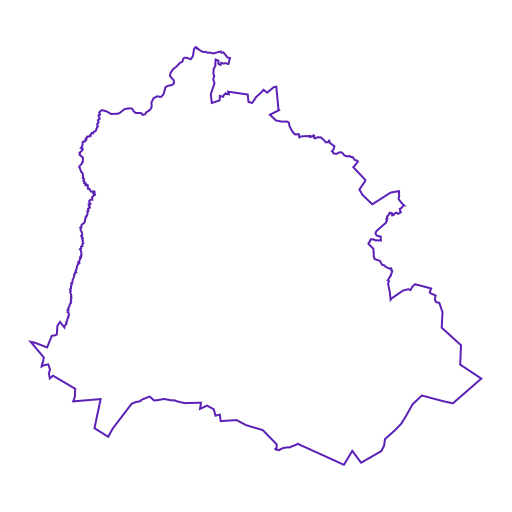 Ahuacuotzingo, Guerrero, Mexico (Robinson projection)
{"feature_id": "50627088B95956729809463", "entity_name": "Ahuacuotzingo", "entity_type": "district", "adm_level": 2, "iso_a3": "MEX", "parent_name": "Mexico", "parent_adm1": "Guerrero", "projection": "robinson", "projection_center": [-98.997, 17.77], "detail": "fine", "context": "isolated", "style": "outline", "palette": "violet", "viewbox_px": 512, "rotation_deg": 0, "n_neighbors": 0, "source": "geoboundaries", "source_scale": "gbopen_adm2", "svg_char_len": 5852}
<svg xmlns="http://www.w3.org/2000/svg" viewBox="0 0 512 512"><path d="M108.2,436.8L112.7,428.6L131.6,403.8L136.0,402.0L140.3,401.2L141.6,399.8L149.0,396.7L149.9,396.7L153.8,400.3L156.6,400.3L164.1,399.0L171.3,400.3L174.6,400.3L176.2,401.1L184.4,403.1L201.0,402.7L200.0,408.9L207.0,405.6L213.7,409.2L215.5,415.7L219.8,414.6L220.7,421.1L236.6,420.1L246.2,425.2L262.8,430.1L276.7,444.4L276.6,447.8L275.8,448.8L274.6,448.8L277.0,449.9L278.3,449.7L279.3,450.2L280.9,449.0L283.4,448.0L287.7,447.3L290.2,447.4L291.7,446.3L295.3,445.2L297.7,443.8L343.9,464.8L352.3,450.9L361.1,462.7L381.3,451.1L384.1,445.6L385.0,439.1L395.1,430.1L401.0,424.0L405.8,416.4L412.5,404.4L421.8,395.5L444.0,401.4L452.9,403.3L481.3,378.6L460.2,364.6L461.0,345.2L441.7,327.7L442.5,312.2L439.3,302.8L436.2,302.2L435.2,300.5L434.9,299.2L435.6,295.5L430.4,293.2L429.7,292.3L431.2,288.5L415.1,284.2L412.5,286.6L410.4,290.1L408.3,289.2L403.0,290.6L391.5,298.5L390.6,299.7L389.9,292.8L388.1,283.8L389.0,281.2L387.7,280.3L389.8,277.2L389.8,276.5L390.9,275.7L390.8,274.8L392.3,271.5L391.4,270.5L391.7,269.9L391.4,268.7L391.0,268.2L390.0,268.7L387.9,268.0L385.4,266.6L384.2,265.3L382.0,264.7L380.0,261.0L374.6,259.0L373.7,256.2L373.8,253.6L373.3,248.7L368.5,243.9L368.7,242.7L369.8,242.0L369.8,241.0L370.8,239.2L372.0,239.5L373.6,239.3L375.6,240.5L376.6,240.2L378.6,240.6L379.6,240.2L380.9,240.5L380.7,236.7L379.7,236.1L377.8,236.1L376.4,235.2L375.4,233.2L376.2,231.5L377.7,229.9L386.0,222.7L386.1,221.8L387.0,220.7L386.3,219.1L387.4,218.4L386.9,217.7L387.2,216.2L388.4,215.4L388.9,214.0L389.7,213.8L389.8,212.8L392.0,213.2L392.4,214.1L392.0,215.0L392.2,215.4L393.9,214.8L394.6,213.5L396.5,212.6L398.1,213.9L400.8,212.3L400.0,210.7L400.2,209.7L399.8,208.9L401.9,207.6L403.3,205.4L404.1,205.4L401.6,203.0L398.6,199.0L399.2,195.4L398.8,193.5L399.2,192.2L399.0,191.1L391.2,192.5L389.8,193.1L372.3,204.3L362.6,195.0L359.4,189.6L365.0,181.3L365.3,179.9L353.3,167.2L357.9,161.8L357.2,160.7L354.8,160.0L352.7,157.1L350.5,156.9L349.7,156.0L347.0,156.4L344.3,155.4L342.9,153.5L341.3,152.3L339.3,152.4L336.4,153.9L333.4,153.3L332.8,151.7L332.0,151.3L333.6,149.2L334.4,146.2L329.5,142.7L329.3,140.7L328.9,140.7L328.4,141.8L326.8,142.4L325.6,142.3L324.5,140.6L321.9,138.4L321.3,137.5L317.8,137.2L315.8,138.2L314.5,138.3L314.1,137.7L314.2,135.8L313.5,135.3L312.6,136.3L310.0,137.0L309.5,136.8L309.8,136.0L301.2,136.4L299.3,137.3L298.9,134.3L298.5,134.0L296.2,134.5L295.2,134.3L295.6,133.7L294.7,134.2L292.0,131.0L289.4,125.9L289.1,123.4L288.4,122.2L287.2,121.6L281.7,121.6L276.0,120.5L269.9,114.7L279.2,110.1L278.4,109.0L276.3,86.7L273.7,87.2L267.2,92.6L263.4,89.8L261.4,92.3L256.2,97.0L252.2,102.9L248.5,102.0L247.7,94.5L228.1,91.7L228.9,94.3L225.8,93.9L225.6,93.4L224.1,94.7L223.0,96.8L219.9,95.9L219.6,100.4L211.8,103.0L210.8,94.2L214.5,83.1L213.2,79.2L214.3,75.9L213.4,74.1L213.7,68.7L215.5,65.7L215.2,64.3L215.7,59.5L218.5,60.7L218.2,63.6L220.1,64.9L220.8,64.7L221.2,62.8L223.7,63.6L225.2,63.1L228.4,64.0L230.0,58.1L227.6,57.5L223.3,52.3L221.5,52.8L220.7,51.4L213.6,53.4L209.5,52.6L207.2,52.7L205.4,51.7L203.4,52.1L200.0,50.4L197.1,48.0L196.9,48.4L196.2,47.2L195.4,47.2L194.0,49.1L193.0,55.8L191.0,59.1L190.0,59.1L187.0,57.8L184.3,57.8L183.1,59.0L182.4,61.6L179.8,63.0L176.7,66.4L173.4,68.9L172.2,70.4L170.4,73.3L170.0,76.1L173.7,80.3L174.0,82.4L173.6,83.8L172.0,85.0L168.1,85.8L165.5,87.1L163.5,94.2L161.4,96.7L160.0,97.0L158.6,96.4L156.9,96.4L153.3,98.5L151.4,102.8L151.7,105.8L151.3,107.8L150.0,109.9L146.4,112.2L145.1,114.3L142.5,114.8L141.3,113.2L140.5,113.0L135.9,113.0L133.8,111.5L132.4,109.1L131.0,108.3L127.6,108.5L124.3,109.3L119.9,112.8L118.0,113.7L111.2,114.0L106.4,111.3L102.2,110.1L100.6,111.0L99.3,112.4L100.0,114.5L99.7,115.0L98.9,115.0L98.5,116.0L99.7,118.9L97.9,120.2L98.6,122.6L97.4,123.5L97.1,124.2L97.9,126.5L97.2,126.9L95.8,130.8L93.5,132.1L93.1,133.3L91.8,133.0L90.9,134.3L90.6,135.9L89.8,135.5L89.0,136.6L87.0,136.6L86.7,138.3L85.7,138.5L85.4,139.0L86.2,139.6L86.3,140.0L84.6,141.7L83.3,141.4L82.6,142.2L82.3,146.4L80.9,148.0L82.7,148.8L82.8,149.6L79.5,152.9L80.0,153.5L79.5,154.7L83.0,157.7L82.7,162.4L81.9,162.7L81.8,163.7L79.6,166.1L79.2,167.2L79.6,167.6L81.3,172.2L82.3,172.7L82.7,173.6L83.2,176.7L82.7,177.8L84.0,178.9L83.3,180.8L84.5,181.5L84.1,183.0L85.5,183.3L85.3,185.1L85.9,185.4L87.0,184.6L87.7,185.0L87.9,188.5L88.2,188.9L89.4,188.8L90.9,191.6L94.4,191.4L94.5,192.0L93.3,192.8L93.2,193.3L93.7,193.8L94.6,193.6L95.0,194.8L93.4,195.8L92.1,197.2L92.3,199.8L90.4,199.8L89.2,200.9L89.2,201.9L90.5,203.9L90.1,204.4L88.7,204.4L88.7,205.5L89.9,207.1L89.9,207.7L88.2,208.5L87.8,209.8L88.5,210.2L88.5,211.0L87.3,211.8L87.6,213.6L86.9,215.8L85.9,216.3L85.6,217.1L86.0,217.5L85.3,218.5L84.6,222.4L81.5,225.0L81.4,227.0L80.3,227.6L80.9,228.2L80.5,229.5L80.8,230.7L81.3,231.2L82.1,233.4L82.1,235.2L81.1,236.0L82.8,237.9L82.0,238.6L83.0,240.2L82.5,241.1L83.3,243.2L82.3,244.1L82.5,245.9L81.0,246.6L81.2,248.3L79.9,249.2L81.2,251.1L81.4,255.5L80.9,255.8L81.1,257.4L80.0,257.4L80.1,259.4L78.3,262.3L79.1,262.4L79.5,263.0L78.1,264.2L77.1,265.8L76.6,269.1L75.7,270.5L76.2,272.3L75.1,272.4L74.9,273.9L74.1,274.4L74.2,276.5L72.6,280.0L72.5,282.0L72.1,283.2L71.2,283.4L71.7,284.3L71.6,285.2L71.0,285.8L71.0,288.3L70.7,289.1L70.0,289.4L70.8,291.0L70.1,291.6L71.4,296.1L70.9,296.9L71.5,298.2L71.0,298.6L70.8,299.9L71.3,301.1L70.6,302.0L70.9,303.2L69.8,304.2L69.3,306.6L68.5,307.4L68.4,308.8L68.0,309.2L68.5,310.1L67.6,310.4L67.8,311.3L67.5,312.0L68.4,312.5L69.0,314.6L68.7,316.0L68.1,316.5L68.3,317.7L67.5,318.4L67.2,320.4L66.1,322.3L66.6,323.5L64.6,326.0L64.4,327.4L60.0,321.9L57.4,325.9L56.8,334.5L55.2,335.3L51.8,335.8L47.1,347.4L34.8,342.7L30.7,341.8L43.8,357.5L43.1,361.7L42.1,363.9L41.6,366.5L43.8,365.2L48.3,364.4L50.0,369.4L48.9,373.3L49.8,378.4L53.0,375.7L75.2,388.8L74.9,396.6L73.2,401.4L100.6,399.1L94.5,428.2L108.2,436.8Z" fill="none" stroke="#5b21b6" stroke-width="2"/></svg>